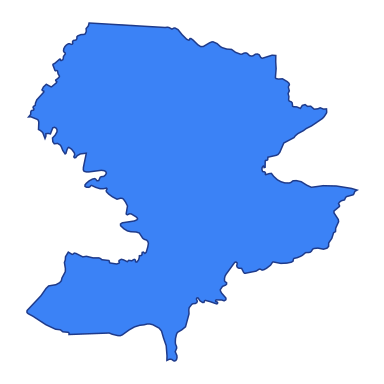 outline of Concepcion, Ocotepeque, Honduras
{"feature_id": "27666195B60118725213626", "entity_name": "Concepcion", "entity_type": "district", "adm_level": 2, "iso_a3": "HND", "parent_name": "Honduras", "parent_adm1": "Ocotepeque", "projection": "orthographic", "projection_center": [-89.206, 14.517], "detail": "fine", "context": "isolated", "style": "filled", "palette": "blue", "viewbox_px": 384, "rotation_deg": 0, "n_neighbors": 0, "source": "geoboundaries", "source_scale": "gbopen_adm2", "svg_char_len": 5855}
<svg xmlns="http://www.w3.org/2000/svg" viewBox="0 0 384 384"><path d="M166.9,360.4L169.2,359.3L170.5,359.2L171.9,359.5L173.6,360.8L174.6,361.0L175.8,360.5L176.6,359.3L177.0,357.6L176.9,355.6L175.2,351.7L176.7,348.1L176.5,346.5L175.5,344.1L175.3,342.1L175.5,338.5L176.4,334.6L177.0,333.1L177.9,332.1L181.7,329.9L185.5,326.8L189.0,313.9L188.8,309.7L189.2,307.6L191.8,304.3L193.0,303.7L195.3,303.5L196.8,302.6L197.3,301.2L196.4,299.1L196.7,298.2L197.3,297.8L198.1,298.0L200.0,300.8L202.6,302.5L204.0,302.4L204.5,300.8L205.4,300.4L210.0,301.6L216.6,303.9L217.4,303.6L217.7,302.8L217.3,302.1L215.7,301.4L215.6,300.5L216.2,299.9L221.7,300.0L224.1,300.8L225.7,299.9L226.0,299.0L225.8,297.9L221.5,293.0L220.4,290.8L220.3,289.6L222.5,286.4L225.6,285.1L226.6,284.1L226.6,282.7L225.1,281.7L224.5,280.8L224.5,278.4L225.0,276.2L226.1,274.2L234.7,262.4L235.9,262.0L237.0,262.7L237.2,263.6L236.7,265.8L237.4,267.4L238.8,268.2L241.6,268.4L243.5,272.1L244.4,273.2L245.1,273.3L256.1,271.1L259.3,269.1L260.4,269.2L262.1,270.1L263.9,269.7L266.5,268.3L270.5,265.2L272.4,262.4L273.1,261.9L280.8,263.4L286.9,263.1L291.3,262.2L293.0,261.2L293.4,259.2L294.0,258.4L297.2,257.7L300.6,256.3L302.4,255.3L305.6,252.6L308.8,252.5L310.2,252.2L311.4,251.2L312.6,249.2L314.0,248.5L317.9,248.1L323.5,249.2L327.0,248.2L328.6,246.4L328.7,242.9L331.8,238.4L333.6,232.7L335.5,231.6L335.7,228.1L338.6,221.7L338.3,219.5L334.0,212.9L334.0,211.0L339.4,206.5L339.5,205.5L338.5,203.6L339.6,202.0L341.5,200.7L344.5,199.9L345.6,197.5L346.6,196.6L353.1,194.8L353.8,194.0L354.8,191.4L357.1,190.1L351.4,188.4L336.3,186.0L323.2,185.7L311.4,187.3L306.8,185.2L301.2,181.7L296.3,180.6L293.0,180.8L290.8,182.5L289.2,183.0L284.8,182.9L280.9,181.7L277.4,179.8L273.6,176.3L271.4,173.4L269.2,173.6L265.7,174.7L265.3,174.2L265.5,173.1L265.1,172.3L264.4,171.8L263.0,171.7L262.5,171.3L261.9,169.3L262.2,167.3L263.3,166.0L263.8,166.3L264.1,167.6L265.1,167.3L265.2,160.9L265.6,160.4L266.9,160.3L267.7,159.7L267.9,157.2L276.3,155.3L278.0,154.5L279.8,152.3L283.8,143.0L294.0,137.6L295.3,135.8L297.9,133.6L303.5,130.6L306.1,128.6L311.5,125.9L322.4,118.5L324.1,116.7L326.4,113.2L326.7,112.2L326.5,108.9L323.5,109.1L320.2,107.8L317.9,108.8L314.2,109.2L310.7,106.2L307.5,106.4L305.1,104.6L302.3,105.4L300.4,108.4L296.8,106.9L293.6,106.7L292.6,106.3L292.2,102.9L291.2,101.8L289.3,101.1L288.6,99.9L288.9,96.6L288.1,93.5L289.3,90.9L288.4,87.5L288.5,86.4L289.4,84.8L289.0,83.3L287.2,81.6L282.5,78.8L278.3,79.1L276.0,78.5L275.4,77.7L276.1,68.6L275.7,61.8L275.8,55.5L272.1,55.2L262.2,58.3L260.8,57.5L259.2,54.8L257.5,54.0L255.4,54.2L253.0,55.8L251.6,56.1L249.5,55.6L247.4,53.5L246.0,52.9L244.1,53.1L241.8,54.2L240.5,54.2L235.5,52.3L231.5,49.4L226.9,49.1L222.1,47.6L220.4,46.6L217.1,43.6L213.0,41.8L211.8,41.9L209.6,42.8L203.3,46.5L200.7,46.6L197.9,44.8L193.0,40.0L190.9,38.5L189.9,38.6L189.5,39.8L188.8,40.2L186.7,39.3L182.0,34.6L178.0,29.6L175.0,28.0L174.1,28.0L171.9,29.1L169.2,27.6L167.6,27.2L165.1,27.5L89.1,23.0L88.3,26.0L86.1,28.6L86.3,31.4L85.2,33.9L84.1,34.4L80.9,34.6L77.7,35.9L76.9,36.8L76.9,38.6L76.3,39.7L75.4,40.2L73.6,40.4L72.8,41.1L72.5,41.9L72.8,43.3L72.4,44.1L71.2,44.4L69.5,43.7L68.3,43.8L66.4,45.0L64.9,46.6L63.8,48.7L63.5,50.8L63.8,51.8L65.1,52.9L65.3,53.9L63.5,56.4L63.2,58.8L62.7,59.8L61.0,60.6L60.5,60.2L60.3,59.2L59.7,59.1L55.1,63.1L53.0,64.3L52.9,65.0L54.9,70.3L55.4,70.8L56.8,70.5L57.5,70.9L58.1,73.9L59.4,75.9L59.4,76.7L57.8,78.5L55.7,80.0L55.7,80.7L56.8,81.7L56.4,82.8L51.6,86.8L50.7,86.7L46.3,84.3L43.5,86.9L42.0,89.8L42.4,90.6L43.8,91.1L43.8,92.1L36.8,99.8L35.5,103.0L35.2,105.4L33.6,106.3L33.1,107.1L33.1,107.8L33.9,108.8L33.8,109.7L33.2,110.2L31.9,110.4L31.2,110.9L30.7,112.1L30.7,114.4L28.6,116.9L30.9,116.8L37.1,119.3L38.2,120.1L38.8,122.1L38.5,129.5L40.4,130.5L42.7,132.5L45.0,138.5L45.9,136.2L45.9,133.7L48.3,133.4L50.4,133.9L52.8,127.8L54.5,127.3L56.2,128.2L57.0,129.7L57.0,131.8L55.2,135.1L52.5,138.0L52.8,141.7L54.3,143.8L57.6,143.4L60.3,145.1L61.2,146.5L62.8,150.5L65.1,153.9L65.9,153.4L67.1,149.4L68.1,147.7L68.8,147.3L71.7,149.3L74.3,152.8L74.7,154.7L73.8,156.9L74.5,157.8L75.7,157.6L77.3,155.6L80.4,153.9L86.3,153.2L83.4,167.4L83.3,169.9L84.1,171.3L86.3,171.9L89.0,171.9L101.3,170.3L104.3,170.7L105.7,171.6L106.4,173.1L105.5,174.9L103.8,176.4L101.2,176.7L100.2,177.3L98.7,180.6L97.0,180.8L95.6,179.1L94.7,178.6L92.4,179.1L89.1,180.9L86.3,183.3L85.0,184.9L85.0,186.4L86.4,187.2L88.8,187.3L89.8,186.9L90.9,185.6L91.6,185.4L95.6,187.3L100.0,188.7L103.4,188.7L106.5,188.1L107.1,189.0L106.2,190.5L106.4,191.7L108.7,194.1L112.4,196.8L117.0,199.2L120.6,198.2L122.3,198.4L123.4,199.1L125.5,202.0L127.5,206.0L126.2,213.6L126.4,214.3L127.4,214.8L129.4,213.8L131.2,213.9L136.0,216.8L137.1,217.8L137.6,218.9L136.8,219.9L134.2,221.0L122.3,222.8L120.5,224.0L120.6,225.7L123.9,228.8L127.4,230.9L130.7,231.7L136.2,232.0L139.3,233.0L142.7,238.2L144.2,239.3L146.6,240.1L147.8,241.4L148.4,243.4L147.8,246.9L146.2,252.3L144.9,253.4L143.4,252.1L142.2,252.4L141.9,254.9L141.1,255.6L139.4,255.7L139.2,257.8L138.5,260.0L136.8,262.1L135.6,261.8L135.4,260.1L134.6,259.4L133.6,259.6L131.8,260.8L128.7,260.3L127.3,261.7L123.6,259.9L121.3,259.3L119.1,260.5L118.9,261.3L119.4,262.4L119.1,263.1L116.7,264.0L110.1,263.0L109.5,262.5L109.3,261.1L108.8,260.5L101.8,259.7L100.6,258.6L98.9,257.9L93.1,257.9L86.4,256.3L82.8,256.9L76.1,253.5L74.3,253.1L72.9,254.2L72.1,254.4L68.3,252.1L65.5,256.7L65.3,259.9L64.4,262.5L65.4,268.6L65.3,271.7L62.0,277.9L61.3,280.8L59.6,282.7L55.9,284.7L48.7,285.9L46.1,288.4L41.0,295.7L27.1,310.5L26.9,312.1L27.4,313.0L28.4,313.8L32.7,316.1L45.9,324.7L55.5,329.2L60.4,329.8L62.8,331.8L68.2,332.3L69.2,333.3L69.0,334.5L109.2,333.0L112.1,334.2L117.8,335.6L120.2,335.7L122.2,334.9L129.3,329.8L134.5,326.9L139.7,325.3L144.1,324.8L147.2,324.0L149.9,324.0L152.8,324.7L159.1,328.1L161.5,331.0L163.5,337.9L166.2,345.7L167.0,355.8L166.9,360.4Z" fill="#3b82f6" stroke="#1e3a8a" stroke-width="1.5"/></svg>